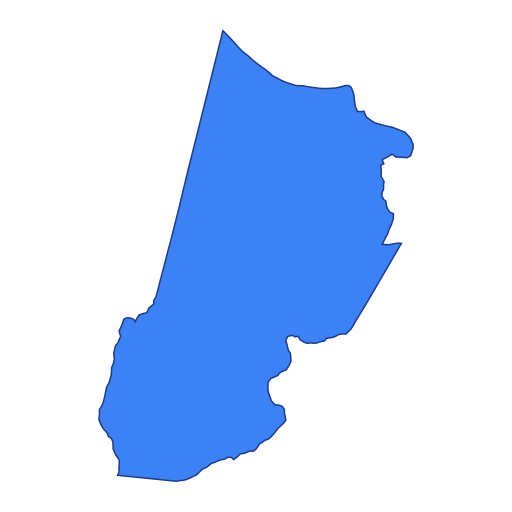 outline of Paulino Neves, Maranhão, Brazil
{"feature_id": "56859067B76832031221726", "entity_name": "Paulino Neves", "entity_type": "district", "adm_level": 2, "iso_a3": "BRA", "parent_name": "Brazil", "parent_adm1": "Maranhão", "projection": "robinson", "projection_center": [-42.596, -2.843], "detail": "fine", "context": "isolated", "style": "filled", "palette": "blue", "viewbox_px": 512, "rotation_deg": 0, "n_neighbors": 0, "source": "geoboundaries", "source_scale": "gbopen_adm2", "svg_char_len": 2814}
<svg xmlns="http://www.w3.org/2000/svg" viewBox="0 0 512 512"><path d="M117.6,475.3L176.8,481.3L179.5,480.6L182.5,480.4L186.2,479.6L189.8,478.1L192.9,476.5L196.2,475.1L202.5,469.1L206.8,467.2L211.1,463.6L214.8,462.3L220.5,459.8L224.9,459.1L227.3,457.5L231.2,457.2L233.6,459.6L236.9,457.2L240.3,453.9L244.2,453.3L249.9,451.0L253.4,451.2L255.7,449.5L259.5,444.0L265.0,440.3L268.8,438.9L271.4,436.5L274.6,432.8L278.1,428.3L282.1,424.6L285.8,420.5L285.3,416.6L284.4,413.3L284.4,409.5L282.3,406.4L278.9,405.1L275.1,404.8L271.5,401.1L269.8,396.2L268.2,392.0L267.9,388.1L268.1,382.1L270.8,378.6L274.1,377.0L277.8,375.5L279.4,373.1L282.2,371.5L286.1,369.9L289.3,365.0L290.9,361.6L290.7,356.8L290.4,353.2L288.3,350.1L287.1,345.1L285.8,340.4L287.7,336.4L292.4,335.3L294.8,336.8L298.3,336.3L300.1,339.7L303.6,342.0L307.0,343.3L311.2,342.9L313.8,343.3L317.2,342.9L319.6,341.9L324.9,340.8L326.3,338.4L330.2,337.8L333.9,337.1L338.8,334.5L342.6,333.9L346.0,334.0L351.0,329.0L367.6,301.4L401.4,243.4L398.0,243.1L394.5,243.6L391.7,244.2L387.8,244.8L382.2,244.3L385.5,237.7L387.8,233.5L389.2,229.0L391.4,224.7L393.3,218.6L393.4,213.5L390.0,212.4L387.8,209.3L386.5,205.7L385.8,201.2L383.6,199.3L381.8,196.0L382.1,192.3L383.6,189.2L383.5,184.9L384.1,181.6L381.2,176.5L381.3,171.4L380.8,165.2L383.8,163.7L382.2,159.7L385.2,158.2L389.1,156.0L392.2,154.2L396.1,157.1L399.1,157.1L407.0,157.7L410.6,155.8L413.1,148.2L413.1,144.6L410.7,138.7L408.6,136.1L405.0,132.3L397.1,129.1L392.2,127.2L389.1,126.6L384.6,125.6L381.2,124.6L377.7,123.7L374.5,122.7L371.3,120.6L366.7,117.3L364.9,114.0L364.0,111.2L361.4,111.7L357.7,111.5L356.2,108.5L355.1,105.5L354.4,100.1L353.9,95.0L352.8,91.2L351.1,87.3L348.5,85.5L345.3,85.6L342.6,86.4L339.5,87.2L335.4,88.0L330.6,88.3L326.7,88.5L323.0,88.5L319.5,88.3L316.7,87.9L313.0,87.5L309.4,87.0L306.5,86.5L302.6,85.7L299.0,85.7L295.6,85.5L289.9,83.6L285.1,82.0L281.0,80.2L276.5,77.8L272.5,75.7L269.7,73.1L266.5,70.3L262.6,67.7L257.9,64.2L254.8,61.7L251.5,59.0L249.4,56.9L245.4,53.8L241.8,50.9L238.6,47.5L235.7,44.2L232.6,40.8L229.2,37.1L225.0,32.8L222.9,30.7L203.4,108.9L196.5,136.6L188.1,169.9L186.5,176.6L178.5,209.8L170.8,240.4L168.7,248.1L156.0,296.9L153.7,300.5L153.7,304.1L151.0,306.3L148.8,308.1L146.8,312.7L142.7,313.7L139.1,314.9L137.1,318.0L135.1,321.8L133.7,319.3L130.5,318.0L126.9,317.7L123.8,319.2L121.9,325.1L119.0,331.1L120.7,336.5L119.1,339.7L118.0,342.9L115.5,345.6L114.6,349.4L113.9,352.4L113.9,355.8L114.4,358.7L113.5,363.2L111.6,367.8L111.5,371.7L111.3,374.8L109.9,379.8L108.8,383.1L106.6,387.0L104.8,396.0L103.9,399.9L102.8,403.8L101.3,406.6L99.3,410.0L99.5,414.4L98.9,419.5L100.6,423.9L103.4,428.8L107.2,433.0L108.2,436.1L111.8,439.0L113.0,442.7L113.1,448.9L115.8,455.1L119.1,459.6L119.3,464.0L118.9,468.3L119.1,471.8L117.6,475.3Z" fill="#3b82f6" stroke="#1e3a8a" stroke-width="1.5"/></svg>